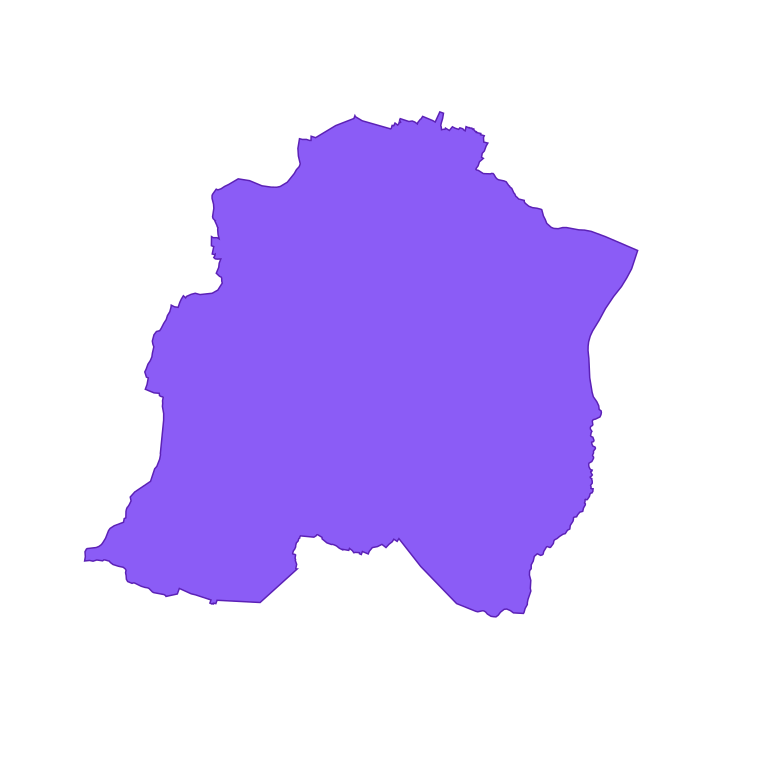 outline of Kae Dam, Maha Sarakham, Thailand, rotated 20°
{"feature_id": "78962969B5401688500865", "entity_name": "Kae Dam", "entity_type": "district", "adm_level": 2, "iso_a3": "THA", "parent_name": "Thailand", "parent_adm1": "Maha Sarakham", "projection": "robinson", "projection_center": [103.406, 16.054], "detail": "fine", "context": "isolated", "style": "filled", "palette": "violet", "viewbox_px": 768, "rotation_deg": 20, "n_neighbors": 0, "source": "geoboundaries", "source_scale": "gbopen_adm2", "svg_char_len": 6170}
<svg xmlns="http://www.w3.org/2000/svg" viewBox="0 0 768 768"><g transform="rotate(20 384 384)"><path d="M576.7,171.8L541.6,169.8L526.5,169.7L519.8,170.8L514.4,172.5L501.8,174.6L498.4,175.9L494.5,178.5L490.3,179.7L487.6,179.6L482.0,177.4L479.3,174.3L476.3,171.5L472.7,166.3L471.9,166.1L467.6,166.5L463.2,167.5L459.2,167.4L454.8,165.8L453.4,164.7L453.0,163.5L447.2,164.1L445.4,163.1L443.7,162.6L441.8,160.6L440.6,160.0L437.2,156.5L434.8,155.7L434.3,155.1L433.4,154.9L429.7,152.2L427.3,152.1L421.8,152.9L420.3,152.7L418.3,151.7L415.7,149.5L414.5,148.9L412.9,149.4L412.2,150.1L405.4,152.3L399.6,151.0L397.7,151.2L397.0,150.9L396.9,149.8L397.8,146.9L397.7,142.5L400.2,138.0L398.1,137.6L397.4,133.6L398.6,130.7L398.6,125.4L399.2,122.1L395.0,122.5L393.2,118.4L393.3,116.4L389.4,116.7L389.3,115.5L384.6,116.1L384.6,115.3L383.1,115.3L381.8,114.6L381.1,113.6L380.5,114.2L380.3,113.9L379.7,114.1L379.1,113.5L376.5,114.2L376.4,113.9L375.1,114.2L373.1,114.1L373.7,118.3L372.6,118.2L370.7,117.2L367.7,117.3L367.0,119.2L363.3,119.3L360.3,118.9L358.7,123.4L354.2,122.5L354.2,123.8L352.8,124.3L351.1,125.4L349.9,122.9L349.0,121.8L348.6,119.5L348.3,114.6L347.3,109.2L343.4,109.2L342.5,120.3L339.6,119.8L328.8,119.3L328.2,122.1L327.6,122.9L326.3,126.8L326.4,128.2L323.4,127.3L320.6,127.2L317.6,128.8L308.5,129.1L308.4,130.8L310.1,132.3L309.7,132.8L308.7,132.8L308.9,134.4L308.3,136.0L305.1,135.0L304.8,138.0L303.2,138.2L303.4,141.4L303.0,142.0L273.5,144.1L265.7,142.6L264.9,141.8L264.9,144.8L250.2,157.7L235.5,175.9L230.8,176.1L232.1,180.1L230.7,180.6L227.5,180.7L223.6,182.1L220.7,182.4L222.5,192.0L225.6,199.1L230.0,205.8L230.0,208.7L228.4,212.6L227.7,216.9L224.1,227.5L218.9,233.9L215.9,235.8L210.6,237.6L201.5,239.5L188.1,238.9L176.8,241.1L169.8,249.6L166.6,252.9L164.1,256.3L161.5,258.4L159.7,258.3L158.0,264.4L158.0,265.8L159.0,268.5L162.3,273.3L164.0,277.1L165.7,285.5L166.8,287.0L169.1,288.1L168.9,288.2L172.9,292.3L173.5,293.3L174.4,293.7L174.9,295.8L176.9,300.2L179.4,304.0L177.1,303.6L173.5,304.9L171.5,304.5L174.5,313.1L177.0,313.1L178.1,320.6L180.5,320.4L180.9,319.8L181.2,321.2L180.8,323.4L182.7,324.1L184.8,323.6L187.9,322.3L187.8,326.8L188.8,330.9L188.5,337.3L192.5,339.0L194.6,339.3L195.2,340.0L196.4,342.9L197.5,344.5L195.7,352.6L191.5,357.5L180.5,362.9L175.6,363.3L172.1,365.7L168.5,369.2L168.1,370.9L165.3,369.7L164.5,373.6L164.2,377.1L164.3,382.4L160.8,383.1L157.1,382.7L157.6,384.7L158.0,389.3L157.1,393.7L157.3,397.9L156.3,402.3L155.6,408.0L155.0,410.6L152.2,412.5L151.0,416.4L151.6,422.9L153.1,425.5L155.0,427.8L155.8,434.2L156.6,437.9L156.4,441.9L155.4,446.1L155.4,451.4L155.1,454.5L158.4,458.8L160.4,458.9L161.5,465.5L161.5,470.6L170.9,471.0L176.0,469.6L177.0,471.7L178.7,472.0L180.5,471.8L181.1,472.2L181.6,475.5L182.7,478.0L183.4,480.8L187.1,487.2L189.3,493.4L197.6,525.8L198.2,527.0L198.9,531.4L198.7,539.1L197.5,542.1L197.9,555.3L186.7,570.7L184.2,577.0L186.3,580.4L185.9,584.4L185.3,587.1L184.9,587.7L184.8,589.7L185.1,591.9L187.2,598.1L185.9,599.3L186.5,603.0L179.0,609.4L176.0,613.4L175.3,615.9L175.1,624.1L174.1,629.1L173.4,631.5L171.7,634.1L169.5,636.1L161.3,640.2L160.8,641.0L160.4,643.9L162.4,648.4L163.2,652.7L167.7,650.5L171.2,650.0L174.3,647.6L180.1,646.4L180.7,645.3L181.7,644.8L186.5,644.4L187.8,645.3L191.1,646.3L196.8,646.1L201.6,645.4L204.2,646.3L205.3,647.3L205.7,649.8L207.2,652.2L208.7,655.6L210.7,657.3L215.4,657.5L216.5,656.6L217.5,656.3L225.0,657.1L229.1,656.9L231.4,656.4L233.1,656.5L237.5,658.6L238.9,658.8L249.4,657.1L251.0,657.5L251.8,658.2L261.6,652.0L261.6,646.1L274.6,647.1L278.9,646.6L295.3,646.1L295.3,649.4L297.6,649.6L297.8,649.0L299.0,649.0L299.0,648.2L301.1,647.9L301.1,644.3L342.3,631.7L365.7,587.5L364.6,587.8L364.2,587.5L363.6,583.3L361.1,580.3L360.9,579.1L360.0,578.1L359.4,574.9L358.6,574.6L356.6,574.9L356.1,574.5L355.9,571.7L356.5,570.0L356.7,567.4L356.2,565.6L356.0,563.3L357.0,560.9L356.8,558.3L357.5,557.6L357.2,556.6L357.4,555.3L370.5,551.9L372.1,549.9L372.5,548.6L373.2,548.3L378.2,549.3L378.8,550.7L384.6,552.8L389.4,552.8L390.5,552.3L392.2,552.2L394.7,552.4L398.2,553.6L401.9,554.0L401.8,553.5L407.8,552.4L407.8,550.3L411.2,551.4L413.4,552.9L414.5,552.1L418.1,551.0L418.6,550.9L419.0,551.9L421.0,552.0L421.0,548.8L427.3,549.1L427.4,546.2L429.0,541.7L433.5,539.0L436.9,535.4L441.8,537.0L443.6,532.7L445.7,529.4L446.3,526.5L450.2,527.4L450.9,524.2L480.9,542.9L527.3,565.5L548.0,566.2L550.0,566.0L554.1,563.4L555.2,563.1L557.3,563.4L559.8,564.8L564.0,565.7L566.5,565.2L568.9,564.5L570.4,562.2L571.5,558.6L574.0,554.6L576.3,553.5L580.2,553.7L583.9,554.8L593.5,551.9L593.7,550.7L593.4,546.7L594.1,542.2L593.5,540.5L593.0,537.4L592.8,528.3L591.4,526.0L589.1,518.3L586.0,513.8L584.9,510.4L584.8,509.2L585.5,507.3L584.2,503.6L584.8,499.3L584.2,494.6L586.1,491.1L589.8,491.5L591.3,490.3L591.7,489.4L591.4,486.8L592.4,481.5L593.1,480.9L595.8,480.9L596.4,480.4L597.7,476.0L597.3,473.2L597.5,472.2L599.5,470.0L601.1,467.2L603.6,463.9L605.5,462.6L606.4,458.7L608.2,456.7L607.4,453.2L608.5,448.4L608.4,446.8L607.8,444.8L608.2,444.1L610.4,442.9L610.7,440.6L611.8,437.5L614.3,435.7L613.9,432.3L614.5,428.8L614.2,427.7L613.1,427.2L613.2,426.1L612.5,423.8L612.7,423.5L614.2,423.4L614.6,423.0L615.5,419.5L615.2,416.8L616.0,415.4L616.6,415.3L617.0,413.5L616.3,410.9L614.8,411.4L614.1,411.3L613.9,410.1L612.8,408.6L613.6,405.9L612.8,403.9L611.9,402.7L611.6,401.8L610.2,401.7L609.7,401.2L609.6,400.6L610.4,399.6L610.9,398.2L608.3,396.0L608.3,395.5L609.1,394.8L609.1,393.7L607.5,393.8L606.3,393.1L604.7,391.4L603.7,389.1L603.8,388.1L605.8,385.8L606.3,382.3L606.0,381.1L604.5,380.0L604.3,379.4L604.5,377.2L603.8,375.4L604.7,372.6L604.6,371.9L603.9,371.1L601.5,370.9L600.0,369.5L599.0,367.7L600.5,366.5L600.7,365.7L600.5,365.0L598.5,362.6L596.5,362.4L595.8,361.9L595.3,358.6L595.6,357.4L593.4,355.8L592.8,354.5L592.8,353.2L594.0,351.7L594.2,350.9L592.4,347.6L592.5,346.7L593.1,345.7L594.7,344.7L598.2,341.1L598.4,338.6L598.0,336.4L597.2,335.0L594.9,334.3L593.2,331.0L590.1,327.9L585.1,324.4L582.4,320.6L575.2,307.8L567.8,290.0L564.3,282.8L562.9,278.7L561.9,274.5L561.4,268.4L561.9,262.7L564.4,250.4L566.3,237.4L569.8,223.3L573.8,211.3L575.8,201.5L577.3,191.1L576.7,171.8Z" fill="#8b5cf6" stroke="#5b21b6" stroke-width="1.5"/></g></svg>